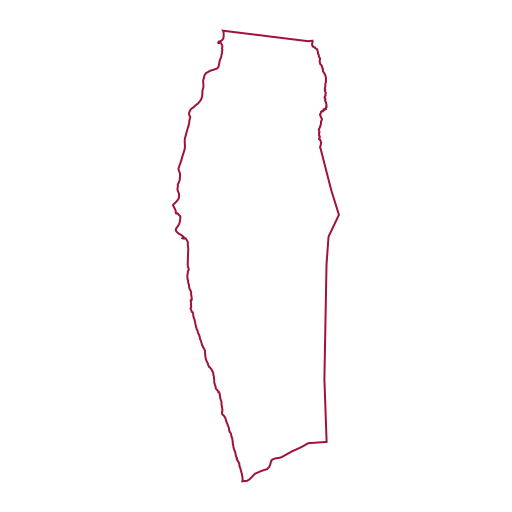 Svalbarðsstrandarhreppur, Norðurland eystra, Iceland
{"feature_id": "244011B70204278120324", "entity_name": "Svalbarðsstrandarhreppur", "entity_type": "district", "adm_level": 2, "iso_a3": "ISL", "parent_name": "Iceland", "parent_adm1": "Norðurland eystra", "projection": "orthographic", "projection_center": [-18.034, 65.737], "detail": "fine", "context": "isolated", "style": "outline", "palette": "rose", "viewbox_px": 512, "rotation_deg": 0, "n_neighbors": 0, "source": "geoboundaries", "source_scale": "gbopen_adm2", "svg_char_len": 5958}
<svg xmlns="http://www.w3.org/2000/svg" viewBox="0 0 512 512"><path d="M326.6,441.9L324.4,379.0L326.5,264.7L328.5,237.1L328.8,236.1L338.9,214.9L337.8,211.2L331.2,190.0L320.5,148.3L320.0,147.2L320.8,145.1L320.8,144.5L321.0,143.5L321.0,143.3L320.9,143.0L321.1,142.4L321.0,142.0L320.7,141.0L320.3,140.4L320.3,140.2L319.9,139.5L319.0,139.0L319.0,138.7L319.2,138.3L319.7,137.6L319.8,137.3L319.8,136.6L319.7,136.3L319.5,135.9L319.3,136.0L319.1,135.7L319.2,134.9L319.1,134.5L319.1,133.8L319.0,133.6L319.0,133.0L319.1,132.7L319.4,132.5L319.4,131.7L319.4,131.1L318.9,130.4L318.8,130.1L318.9,129.3L319.0,128.9L319.8,127.6L320.0,127.1L320.0,126.5L320.4,126.0L321.0,123.7L321.0,121.6L321.9,119.8L321.9,119.3L321.7,118.4L320.8,117.0L320.5,115.9L320.4,115.2L320.1,114.9L320.0,114.5L320.1,114.1L320.9,113.0L321.1,111.7L321.3,111.5L321.7,111.6L322.0,111.4L322.4,110.8L322.5,110.8L322.5,111.1L322.5,111.4L322.8,111.4L323.2,110.8L323.3,110.4L323.8,110.1L323.9,109.7L323.7,109.5L323.7,109.3L324.0,109.3L324.2,109.6L324.2,110.0L324.4,110.1L324.5,110.0L324.6,109.2L325.1,108.8L325.8,109.0L326.0,109.0L326.1,108.8L325.9,107.9L326.6,106.9L326.3,106.5L326.2,105.9L326.5,105.5L326.5,105.0L326.3,103.8L326.1,103.5L326.0,102.4L325.7,102.1L325.6,101.6L325.3,101.2L325.2,100.8L325.0,100.5L325.0,100.2L325.4,99.6L325.5,99.1L324.7,97.9L324.5,97.7L324.5,97.4L324.8,96.8L324.9,96.4L325.4,95.9L325.4,95.5L325.5,95.2L325.4,95.0L325.4,94.6L325.5,94.2L325.6,93.9L325.5,93.6L325.7,93.0L325.7,92.6L325.5,92.1L325.4,91.7L324.8,90.6L324.9,90.2L325.2,89.5L324.9,89.3L324.8,88.9L324.8,88.4L324.9,87.8L325.0,87.3L325.4,86.0L325.3,84.7L325.4,83.6L325.7,82.8L326.0,81.2L325.9,79.6L326.0,78.7L325.9,78.1L325.8,77.1L325.6,76.7L325.5,75.7L325.0,74.5L324.3,73.2L323.9,72.9L323.6,72.1L322.9,71.2L322.8,70.7L323.1,69.5L322.9,68.9L322.5,68.6L322.3,67.9L322.2,66.6L321.6,65.8L321.3,65.0L320.3,64.2L320.1,63.6L320.1,63.3L320.0,62.7L319.8,62.2L319.6,61.4L319.7,60.6L319.9,59.9L320.0,59.1L320.0,58.4L319.7,57.8L319.2,57.2L318.8,56.5L318.8,55.5L318.6,54.4L317.9,53.5L317.9,53.1L317.9,52.2L317.8,51.6L317.5,51.0L317.4,49.9L317.0,49.2L315.6,48.4L315.2,48.1L315.0,47.5L314.0,47.2L313.6,46.9L312.9,46.6L312.6,46.2L312.6,45.6L312.2,45.3L312.1,45.0L312.1,43.5L312.6,41.9L312.5,40.7L308.0,41.2L223.0,30.7L223.4,31.4L223.6,33.0L223.7,35.1L223.5,37.7L223.1,38.9L222.0,40.2L220.6,41.1L218.7,41.6L218.2,42.8L218.4,43.1L219.2,43.1L220.0,42.7L220.6,42.8L221.2,43.5L222.2,45.5L222.4,46.7L222.0,48.3L222.4,50.2L222.0,51.2L222.2,52.4L222.0,53.3L221.5,54.7L221.4,55.9L221.0,57.5L220.0,59.8L219.5,61.6L219.0,64.7L218.4,66.9L217.7,67.9L216.8,68.7L209.8,70.9L207.4,72.4L206.2,72.9L204.7,74.9L204.1,76.9L203.7,78.7L203.3,79.8L203.1,81.2L203.4,84.2L203.4,86.7L203.3,87.9L202.5,90.3L202.3,94.8L202.0,96.9L201.4,98.8L200.5,100.5L198.0,103.5L195.7,105.2L194.0,106.8L192.5,108.1L191.4,108.7L190.6,109.5L189.3,112.2L189.0,113.9L189.2,114.9L190.2,116.7L190.2,117.4L189.4,120.4L189.2,122.6L189.1,123.4L188.4,126.0L188.4,126.6L187.8,127.9L186.6,132.1L184.8,139.0L184.7,141.3L184.9,145.3L184.9,147.6L184.5,149.9L182.4,156.4L181.0,161.4L179.1,166.7L178.6,168.3L178.5,169.4L178.8,170.5L180.0,173.5L180.0,175.8L179.8,179.4L179.5,180.7L178.8,182.6L177.9,184.1L177.7,184.7L177.9,185.7L177.8,186.9L177.5,188.5L177.5,189.6L177.8,190.8L178.8,193.1L179.1,194.4L179.1,196.1L178.9,197.5L178.5,198.8L177.6,200.1L176.3,201.7L173.1,204.8L173.1,205.4L173.3,206.0L173.8,206.8L175.2,209.5L175.7,210.9L175.8,212.9L176.0,213.3L176.9,213.6L177.6,213.4L178.1,213.9L178.8,214.9L180.0,215.9L180.4,216.6L180.2,219.6L179.6,222.7L179.1,224.0L178.5,225.1L177.6,226.5L176.4,228.1L176.0,228.9L175.9,229.4L175.8,230.2L176.0,230.7L176.5,231.6L178.2,233.3L181.7,235.3L183.6,236.9L182.8,237.8L182.6,237.7L182.3,238.2L183.9,238.6L185.6,238.3L186.8,240.2L187.8,242.1L187.8,245.3L188.2,247.9L188.3,249.9L187.9,256.3L187.9,259.4L187.8,261.0L187.7,265.0L188.0,267.1L188.5,268.1L188.8,269.5L187.8,271.6L187.9,272.4L187.7,273.3L187.5,274.7L187.3,276.0L187.4,277.3L187.4,278.5L187.9,279.9L188.1,281.5L188.3,283.0L189.0,285.2L189.0,286.6L189.5,288.7L190.4,290.3L191.2,292.2L191.0,294.0L191.4,295.8L191.7,298.3L191.7,299.9L190.7,300.2L190.7,301.0L190.9,301.8L191.1,302.8L191.0,305.1L191.2,307.1L190.5,308.3L191.5,310.8L191.7,311.8L192.8,312.4L193.2,314.1L193.3,315.8L193.7,317.6L194.3,318.9L194.8,321.0L196.0,326.8L196.4,327.9L196.7,329.2L197.5,330.6L198.0,332.8L199.4,335.6L199.6,336.9L199.8,337.1L200.0,339.0L200.6,340.1L201.3,342.0L202.1,345.3L202.9,346.4L203.1,347.1L203.1,347.5L204.2,348.7L204.8,350.4L205.0,351.3L205.1,354.1L205.3,355.3L205.4,356.8L205.8,358.9L206.6,361.1L207.4,362.6L207.9,363.8L208.2,365.1L209.3,367.2L209.7,367.2L211.5,369.3L211.9,370.6L212.5,371.2L213.3,373.3L213.4,375.0L213.8,376.2L214.2,379.9L214.3,382.9L214.7,383.7L214.8,384.5L215.3,385.7L215.6,386.4L215.5,386.9L215.8,388.3L216.1,388.9L218.2,391.2L218.4,391.8L218.4,392.2L219.1,392.3L219.6,393.6L219.6,394.4L219.9,395.0L220.2,397.8L220.7,399.6L221.4,401.5L221.5,402.9L221.5,404.6L221.8,405.9L222.1,407.2L222.1,408.0L222.3,409.0L222.4,411.0L222.0,411.7L222.0,412.5L222.1,413.6L222.6,414.7L223.6,415.5L224.3,416.3L224.8,416.9L225.2,417.7L225.6,418.8L225.9,420.4L226.4,421.4L226.6,422.4L227.1,423.3L227.7,425.0L228.5,426.8L228.9,428.3L229.2,430.5L229.6,431.9L230.2,432.4L230.9,433.6L231.2,434.8L231.2,435.5L231.4,435.9L231.6,436.5L231.6,437.2L232.3,438.3L232.3,439.5L232.8,442.0L232.7,443.0L232.9,444.2L233.4,446.2L233.5,447.3L234.1,449.6L234.7,450.8L235.5,453.2L235.7,455.1L236.1,456.6L236.7,457.8L237.1,458.3L236.8,459.4L236.9,459.7L237.7,460.4L237.9,461.2L238.0,461.5L238.6,462.1L239.3,463.6L239.3,464.7L239.6,466.5L239.9,467.0L239.9,467.6L240.6,469.0L240.8,470.1L242.0,474.6L242.5,477.7L242.6,478.8L242.6,480.5L242.4,481.3L247.1,480.8L249.6,479.3L255.0,473.7L262.0,470.7L267.0,469.2L269.0,467.2L270.2,464.7L270.9,461.8L271.8,459.9L273.5,459.1L275.6,458.3L278.6,458.0L281.6,457.2L292.2,451.2L299.1,448.2L304.0,445.7L306.9,443.9L308.3,443.2L326.6,441.9Z" fill="none" stroke="#9f1239" stroke-width="2"/></svg>